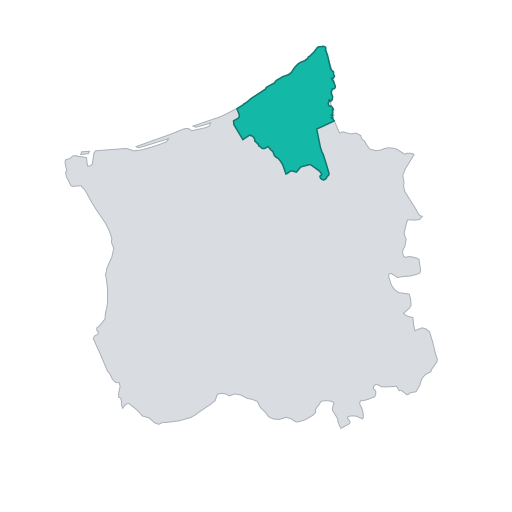 Ivory Coast, with Bas-Sassandra highlighted, rotated 166°
{"feature_id": "CIV-3448", "entity_name": "Bas-Sassandra", "entity_type": "Department", "adm_level": 1, "iso_a3": "CIV", "parent_name": "Ivory Coast", "parent_adm1": "", "projection": "orthographic", "projection_center": [-6.849, 5.451], "detail": "fine", "context": "in_parent", "style": "filled", "palette": "teal", "viewbox_px": 512, "rotation_deg": 166, "n_neighbors": 0, "source": "natural_earth", "source_scale": "10m", "svg_char_len": 6691}
<svg xmlns="http://www.w3.org/2000/svg" viewBox="0 0 512 512"><g transform="rotate(166 256 256)"><path d="M114.6,101.1L116.3,101.1L120.8,99.8L124.8,96.8L128.6,90.6L133.7,85.6L139.5,86.0L141.2,85.0L143.2,84.9L145.6,88.2L148.0,90.7L149.7,90.7L151.0,95.5L161.5,97.5L166.0,98.8L169.7,102.2L171.0,102.3L172.7,101.6L173.9,100.4L174.1,99.1L172.5,95.9L173.2,93.1L174.9,90.6L177.6,90.5L181.7,89.8L186.4,89.7L189.8,90.2L191.2,87.7L189.9,80.7L190.2,76.8L190.8,73.5L192.1,72.2L197.3,76.3L202.0,77.8L205.4,77.9L206.4,77.1L204.9,72.6L205.3,71.3L206.6,70.5L208.8,70.0L214.8,68.2L215.5,68.5L216.6,75.6L216.1,77.9L217.4,82.7L219.0,87.2L218.9,89.0L217.6,91.8L216.0,94.3L216.2,95.3L218.6,97.1L223.3,98.8L228.0,99.3L230.7,96.6L233.5,94.5L235.4,92.6L236.0,89.8L239.1,87.8L247.7,85.2L255.7,84.8L257.6,85.6L261.3,89.5L265.8,92.2L272.8,91.8L277.9,93.4L282.2,96.4L285.2,103.0L288.4,107.8L289.9,114.7L295.0,118.2L298.9,119.9L304.3,124.8L309.9,127.3L315.7,126.7L318.4,129.3L322.7,131.1L327.0,131.2L330.7,125.5L335.7,123.2L348.3,118.6L353.3,116.5L358.3,115.1L370.4,114.7L381.7,116.0L387.4,117.0L391.2,116.2L394.9,118.9L398.7,124.6L401.8,126.4L405.0,128.4L407.3,132.9L410.1,137.3L411.6,139.3L415.1,143.7L418.0,143.7L420.8,141.8L422.1,140.4L422.6,143.3L421.6,148.0L421.8,151.0L423.4,152.1L422.6,155.8L419.4,162.3L419.4,166.1L422.7,167.2L425.1,171.2L426.6,178.1L428.1,180.4L428.2,181.8L430.8,198.5L433.9,215.2L432.1,217.4L429.5,218.0L427.8,218.8L427.4,220.4L428.5,222.7L427.8,224.8L424.6,226.2L417.6,231.6L417.1,233.7L415.3,238.3L413.8,241.0L411.5,246.2L408.0,259.8L406.7,271.0L406.5,274.5L405.1,276.9L403.6,280.4L396.0,290.1L392.1,298.0L392.7,301.4L392.9,304.9L391.7,307.4L392.0,314.0L393.0,319.6L394.4,325.1L400.1,340.5L403.0,349.9L404.9,357.4L406.5,362.5L408.0,364.6L408.6,366.5L416.9,367.9L418.5,369.0L420.8,378.9L420.5,383.3L418.8,385.0L418.9,388.8L418.6,393.5L417.4,395.4L412.8,395.6L409.6,397.4L405.5,396.7L405.1,395.6L402.8,395.2L396.7,392.5L397.7,384.0L394.8,383.6L392.6,384.8L388.3,395.1L386.2,396.9L355.6,391.7L348.9,387.5L340.9,386.6L327.0,387.1L315.5,388.4L312.3,391.0L341.2,389.4L344.3,389.7L345.8,391.2L309.2,394.8L295.2,396.8L291.1,396.3L287.9,393.0L272.8,392.7L269.6,393.7L267.8,396.2L273.7,395.6L283.2,395.5L285.7,397.3L256.2,399.8L235.7,404.5L227.0,407.9L198.5,419.2L181.0,424.5L176.5,426.5L168.5,432.0L158.3,435.5L146.9,441.9L139.9,443.4L138.3,441.3L138.2,430.4L137.2,415.7L137.6,410.0L138.5,404.8L138.5,400.4L142.0,398.8L142.9,396.9L143.5,391.2L146.7,386.0L146.8,377.0L147.7,375.1L148.5,372.7L147.1,366.8L145.3,355.6L144.4,354.8L143.6,355.3L141.8,355.5L134.7,351.6L129.1,351.0L125.3,347.6L125.0,343.9L123.1,341.7L121.8,337.3L119.9,332.3L114.4,329.3L109.3,328.6L105.7,329.2L101.4,329.0L96.6,327.3L93.2,325.4L90.0,321.8L87.0,318.8L84.7,319.2L81.8,318.5L79.0,317.2L78.1,316.1L89.9,304.6L94.0,298.9L94.4,295.4L94.5,291.9L95.8,288.3L96.1,282.8L89.6,262.9L88.0,256.7L86.3,254.9L85.1,254.3L88.4,251.7L93.0,252.4L100.0,254.4L101.5,252.4L106.8,242.4L106.7,238.7L106.2,236.1L109.3,229.2L111.8,226.6L113.1,223.7L112.7,219.8L110.8,218.3L108.4,218.6L105.4,217.6L101.0,215.4L98.7,213.4L99.5,204.3L99.9,201.5L101.5,199.8L103.9,199.4L110.8,199.2L116.4,200.2L121.3,200.8L124.0,200.8L126.1,203.5L128.9,206.3L131.4,206.2L132.3,204.2L131.7,195.2L130.1,190.5L126.3,185.9L116.6,182.0L116.4,176.6L117.4,170.7L119.5,168.5L126.7,164.7L125.5,162.7L123.2,160.6L118.6,158.4L119.7,151.3L119.9,145.0L116.0,145.7L112.1,146.1L108.7,144.1L105.9,140.3L105.4,129.8L105.5,117.6L105.0,112.2L106.1,109.4L109.5,106.7L113.2,103.3L114.6,101.1ZM401.5,396.9L399.9,399.3L392.2,397.8L394.0,395.8L401.5,396.9Z" fill="#d9dde1" stroke="#a8b0b8" stroke-width="1"/><path d="M149.4,371.6L148.7,370.7L147.4,368.2L148.5,367.9L166.4,364.5L167.2,346.3L166.9,341.0L166.2,338.5L165.5,326.9L165.2,319.1L165.5,317.3L166.2,316.7L166.6,316.4L167.0,316.3L167.3,316.2L167.5,316.1L167.8,315.9L168.0,315.7L168.7,314.6L168.9,314.4L169.8,313.9L170.1,313.8L171.7,313.4L172.1,313.3L174.1,315.0L174.6,316.1L174.7,316.8L174.7,317.3L174.7,317.7L174.6,318.0L174.2,318.3L173.7,318.5L173.4,318.5L173.0,318.7L172.8,318.9L172.5,319.4L172.5,319.7L173.7,322.8L180.5,330.9L181.3,331.5L182.0,331.7L190.4,331.6L191.0,331.5L191.6,331.2L196.0,327.9L196.5,327.6L197.1,327.9L200.0,329.6L201.1,330.0L202.1,330.0L205.7,328.5L207.1,328.3L207.9,337.3L208.6,340.1L209.8,343.3L210.9,345.3L211.3,345.8L211.6,346.1L211.8,346.2L212.5,346.9L213.0,347.4L213.3,347.9L213.7,348.8L213.9,349.3L214.0,349.8L214.3,353.1L214.5,353.6L214.7,354.0L215.2,354.3L215.4,354.5L215.7,354.9L216.0,355.4L217.8,359.3L221.2,358.3L222.5,358.3L223.0,358.5L224.4,359.3L224.6,359.7L225.1,360.8L226.4,361.8L226.6,362.0L226.7,362.3L226.7,362.6L226.6,363.3L226.6,363.6L226.7,364.0L226.9,364.2L227.2,364.3L227.4,364.5L227.6,365.2L228.0,365.8L228.3,366.2L228.5,366.5L229.3,367.7L229.3,368.3L229.2,368.6L229.1,368.9L229.0,369.1L229.0,369.5L229.1,370.1L229.2,370.4L229.3,370.6L229.4,370.9L229.7,372.1L229.9,372.3L230.0,372.6L230.4,373.0L230.6,373.3L230.9,373.5L231.2,373.7L231.8,373.9L232.1,374.2L232.2,374.6L232.4,374.8L233.3,374.7L240.6,372.1L245.7,388.8L245.1,392.6L240.4,393.8L239.9,394.1L239.4,394.4L238.8,395.0L238.6,395.4L238.4,395.8L238.1,396.8L238.1,397.5L238.9,403.3L238.9,403.5L232.3,405.6L231.3,406.1L230.9,406.6L230.2,406.6L227.1,407.7L222.5,410.1L206.5,415.5L206.0,415.9L205.6,416.8L204.7,417.3L198.5,418.8L197.3,419.0L196.4,419.3L194.8,420.8L193.9,421.4L186.4,423.6L180.5,424.0L179.0,424.7L177.6,425.1L177.0,425.5L175.3,427.5L172.2,430.1L168.5,432.3L166.1,433.1L161.7,433.5L158.2,435.0L157.5,435.5L156.9,436.7L156.3,436.8L155.6,436.8L155.0,437.0L153.9,437.8L150.8,439.6L146.1,443.4L145.1,443.8L143.7,443.7L141.1,443.2L140.1,443.3L138.2,442.0L137.9,441.3L138.0,440.7L138.6,439.6L138.8,439.0L138.7,438.4L138.3,437.2L138.4,435.8L138.3,435.1L138.1,434.6L138.0,434.1L138.3,421.4L138.0,418.4L137.9,417.9L137.5,417.4L137.1,417.1L136.6,416.7L136.3,416.0L136.3,415.9L136.3,415.4L136.7,414.2L136.8,413.6L136.3,411.7L136.4,411.2L138.2,409.8L138.9,409.9L139.4,410.2L139.7,410.2L139.7,409.3L139.3,408.2L138.8,407.4L138.4,406.6L138.5,405.3L138.4,405.3L138.0,401.9L138.1,400.9L138.9,399.8L139.8,399.4L140.8,399.4L141.6,399.7L143.2,396.9L143.6,395.8L143.6,394.8L143.1,392.1L143.8,390.1L144.0,389.6L144.5,389.0L146.0,388.2L146.8,388.2L146.7,388.4L146.4,388.7L146.5,389.0L146.6,389.4L146.6,389.8L146.8,390.1L147.4,389.8L147.7,389.4L147.9,388.5L148.0,388.1L148.7,387.1L149.1,386.5L149.1,385.8L149.0,384.7L148.6,383.6L148.2,383.5L147.6,383.6L146.7,383.1L146.2,382.3L145.8,381.3L145.5,380.2L145.5,379.3L146.3,379.7L146.6,379.1L146.6,376.9L147.0,376.0L147.7,375.5L148.0,375.0L147.9,374.9L147.3,374.3L147.7,374.3L148.8,374.3L148.1,373.2L147.8,372.1L148.2,371.4L149.4,371.6Z" fill="#14b8a6" stroke="#0f766e" stroke-width="1.5"/></g></svg>